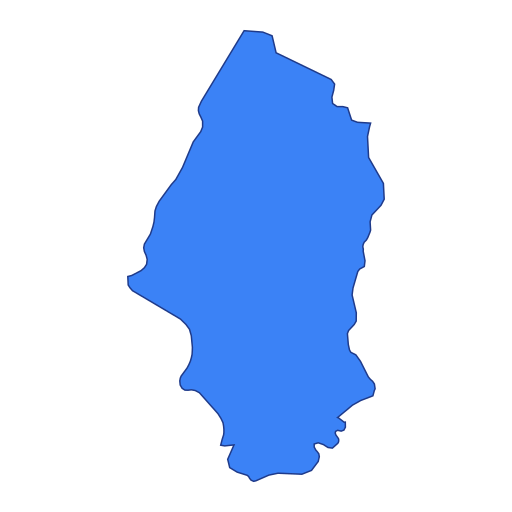 Haute-Rhin, Albers equal-area conic projection
{"feature_id": "FRA-5296", "entity_name": "Haute-Rhin", "entity_type": "Metropolitan department", "adm_level": 1, "iso_a3": "FRA", "parent_name": "France", "parent_adm1": "", "projection": "albers", "projection_center": [7.305, 47.86], "detail": "fine", "context": "isolated", "style": "filled", "palette": "blue", "viewbox_px": 512, "rotation_deg": 0, "n_neighbors": 0, "source": "natural_earth", "source_scale": "10m", "svg_char_len": 2152}
<svg xmlns="http://www.w3.org/2000/svg" viewBox="0 0 512 512"><path d="M370.6,123.1L369.6,126.6L367.5,136.5L368.6,157.5L383.4,183.4L384.2,199.2L381.0,205.3L371.9,215.0L370.1,221.8L370.6,230.1L369.9,232.4L367.8,237.5L366.4,240.0L364.2,242.2L363.2,244.4L362.8,246.5L363.0,247.8L363.3,249.1L363.2,251.3L365.0,260.8L364.3,266.5L359.7,269.0L357.8,271.5L353.0,288.0L352.1,295.0L356.3,312.8L356.2,321.1L354.2,324.5L348.6,330.5L347.4,333.6L348.3,344.5L349.5,350.0L350.8,352.3L355.9,354.9L360.5,361.4L368.3,376.9L370.4,379.4L372.6,381.3L374.4,384.0L375.1,388.8L374.3,390.6L372.9,395.8L360.7,400.5L352.5,405.1L350.6,406.7L337.6,417.5L338.4,417.8L344.1,422.2L345.3,422.1L345.4,427.2L343.9,430.1L341.2,431.1L337.6,430.3L335.6,431.4L335.2,433.0L335.9,435.0L338.4,438.5L338.7,439.6L338.7,439.8L338.7,441.1L338.3,442.5L337.7,443.4L332.4,448.1L328.0,447.5L325.0,445.6L323.5,444.6L318.2,442.8L314.2,444.0L314.2,447.1L315.9,450.2L317.1,451.5L318.8,453.8L319.3,456.7L318.2,461.5L316.3,464.0L311.5,470.4L305.2,472.9L301.9,474.2L287.6,473.6L278.0,473.2L268.9,475.1L255.9,480.8L253.6,481.3L251.0,480.1L249.6,478.3L248.6,476.5L247.2,475.3L237.1,472.1L229.7,467.6L227.7,459.3L234.0,444.9L224.7,445.9L220.7,445.2L222.2,439.3L223.6,434.9L223.9,432.5L223.9,429.3L223.6,426.1L223.0,422.7L221.0,418.5L218.0,413.7L199.4,392.7L195.2,390.5L191.4,389.8L188.1,390.2L184.9,390.1L182.1,388.3L180.2,385.0L179.8,380.9L180.3,378.1L181.2,376.0L187.1,368.0L188.9,364.6L190.4,361.1L191.4,357.6L192.1,354.3L192.3,350.7L192.4,347.3L191.3,335.7L189.5,329.3L186.0,324.5L180.5,319.1L132.5,290.7L130.0,287.8L128.2,285.0L127.8,276.5L131.7,275.5L141.1,270.6L144.4,267.7L146.6,264.3L147.2,259.4L146.1,255.3L144.4,251.5L143.7,247.8L144.4,244.1L150.4,234.1L152.9,226.6L154.0,222.0L154.5,217.7L155.0,210.9L156.4,206.5L159.2,201.2L171.3,184.6L175.8,179.5L182.5,167.5L193.3,141.8L200.7,131.7L202.6,127.1L202.6,121.1L201.0,117.4L199.2,113.8L198.4,110.6L198.6,107.3L201.4,101.2L244.1,30.7L262.8,32.1L272.1,35.8L276.1,52.8L331.2,79.5L334.6,84.1L333.7,90.3L331.9,97.1L332.6,103.5L337.1,106.6L342.8,106.6L347.6,107.8L351.6,120.1L357.5,122.3L370.6,123.1Z" fill="#3b82f6" stroke="#1e3a8a" stroke-width="1.5"/></svg>